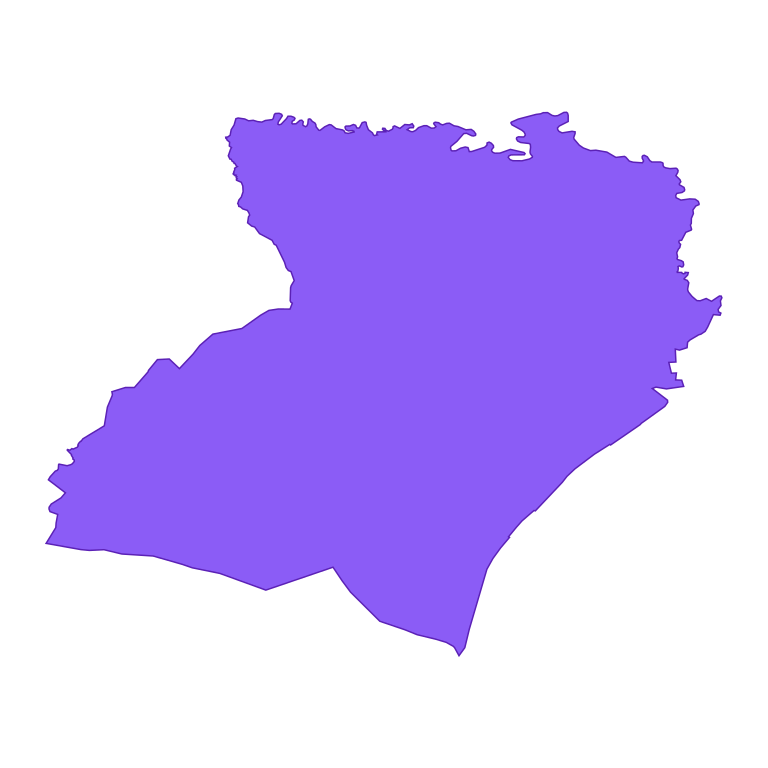 outline of Ozolmuižas pag., Rezeknes, Latvia
{"feature_id": "27541924B76614576139352", "entity_name": "Ozolmuižas pag.", "entity_type": "district", "adm_level": 2, "iso_a3": "LVA", "parent_name": "Latvia", "parent_adm1": "Rezeknes", "projection": "robinson", "projection_center": [27.259, 56.496], "detail": "fine", "context": "isolated", "style": "filled", "palette": "violet", "viewbox_px": 768, "rotation_deg": 0, "n_neighbors": 0, "source": "geoboundaries", "source_scale": "gbopen_adm2", "svg_char_len": 6091}
<svg xmlns="http://www.w3.org/2000/svg" viewBox="0 0 768 768"><path d="M664.8,406.4L667.7,402.3L667.5,400.2L652.3,388.5L656.0,387.1L666.4,388.9L683.7,386.4L681.7,380.2L675.6,379.9L676.4,373.0L671.4,373.2L668.8,362.4L675.9,362.0L675.3,349.1L679.5,350.1L687.1,347.7L687.6,342.2L690.1,339.9L698.7,334.8L700.9,334.2L705.2,331.3L707.7,327.0L713.4,314.6L720.1,315.2L720.9,313.1L718.6,311.9L718.1,309.4L721.0,305.5L720.4,300.9L721.9,297.8L721.2,296.1L719.4,296.0L711.5,301.3L706.2,298.5L700.1,300.8L696.9,300.6L692.1,296.5L688.5,292.1L687.7,290.1L687.7,288.6L688.8,282.8L687.3,280.4L684.2,279.2L684.1,278.7L687.7,275.0L688.3,272.6L685.1,272.3L685.0,273.3L683.6,273.8L682.2,273.3L681.7,272.4L677.3,272.4L677.1,271.9L677.9,270.9L678.3,268.5L678.0,266.5L679.4,265.9L681.9,267.0L682.9,266.7L683.7,264.9L683.2,261.9L681.4,260.7L677.5,259.5L677.0,258.6L677.6,256.9L676.7,252.8L678.4,249.1L679.8,247.6L680.6,244.3L679.3,243.1L678.8,241.8L679.4,240.5L681.6,240.3L685.8,232.3L691.2,230.1L691.6,229.3L690.4,225.0L691.3,223.4L691.4,218.3L693.4,213.6L692.9,210.0L695.8,206.0L699.0,204.6L699.1,203.8L698.3,201.4L695.2,199.2L689.7,198.9L680.9,200.1L676.1,197.7L675.7,195.5L676.8,193.4L682.0,192.5L684.4,190.9L684.7,189.7L684.0,187.4L679.5,184.8L679.2,184.0L680.8,181.8L680.0,179.7L675.9,175.7L677.8,172.3L678.1,170.6L677.3,169.0L676.1,168.2L669.9,168.6L665.5,167.8L663.7,166.8L663.1,165.5L663.0,163.2L662.2,162.6L660.4,162.0L651.9,162.0L649.8,160.6L647.3,156.8L644.4,155.3L643.1,155.5L642.2,156.4L642.2,158.2L643.6,161.0L642.4,162.8L633.1,162.2L629.3,161.1L625.8,157.2L624.4,156.4L615.9,157.4L606.9,152.1L595.9,150.2L590.4,150.6L583.4,148.0L579.3,145.2L574.1,139.1L573.7,137.6L575.1,133.5L575.1,131.8L572.0,131.3L562.1,132.9L559.0,131.4L557.7,129.6L557.5,127.9L559.3,126.0L568.2,121.5L568.2,115.4L567.6,113.2L566.6,112.3L563.9,112.4L557.8,115.6L554.9,116.0L552.1,115.4L547.6,112.6L543.2,112.7L540.7,113.8L536.1,114.4L518.2,119.1L511.4,122.1L510.9,122.9L511.9,124.8L521.8,130.2L524.0,132.0L525.1,134.1L525.2,135.4L523.8,137.0L518.4,136.8L516.7,137.6L516.4,138.9L517.6,141.0L520.6,142.5L529.1,143.5L530.3,144.3L530.6,147.2L530.0,152.1L530.4,153.8L532.4,156.4L532.3,157.3L529.5,159.0L521.9,160.8L512.8,160.7L510.0,159.6L508.2,157.3L508.9,155.9L511.1,154.9L524.3,154.8L525.1,153.7L524.0,152.5L510.4,149.4L500.0,153.1L494.8,153.2L492.6,152.2L491.6,150.8L491.7,149.6L493.6,147.3L493.4,145.5L491.3,143.2L489.1,142.1L487.1,142.9L486.9,145.2L484.6,147.3L471.7,151.5L469.3,151.6L468.0,147.6L465.2,147.0L460.6,148.2L455.9,150.8L452.0,150.9L451.1,150.2L450.5,147.8L450.8,146.4L456.9,141.4L463.7,133.6L466.6,133.3L471.6,135.7L473.4,136.0L475.5,135.4L475.8,134.0L473.9,131.3L471.2,129.4L465.9,129.8L458.0,126.5L454.0,125.8L449.4,123.2L446.6,123.4L442.7,124.9L440.5,124.1L438.7,122.7L435.2,122.2L434.1,122.7L433.7,123.7L436.0,126.7L434.3,128.0L431.4,128.2L426.8,125.7L423.9,125.7L418.5,127.6L415.6,130.4L412.9,131.7L411.0,131.6L407.1,129.7L409.6,127.8L413.3,127.7L413.8,126.1L412.2,123.7L409.4,124.9L404.8,124.5L399.9,128.4L394.6,125.9L393.1,126.6L393.0,127.9L392.4,129.2L388.5,131.2L386.3,130.5L384.9,128.4L382.8,128.2L382.4,129.1L382.8,129.6L383.7,130.4L385.8,130.6L385.9,131.8L377.2,131.9L376.6,134.3L377.3,134.9L374.4,135.6L373.4,134.8L372.5,132.9L368.4,129.7L366.6,125.2L366.1,122.4L364.9,121.9L362.2,122.6L359.5,127.7L358.7,128.1L356.8,127.9L355.6,125.3L353.4,124.5L349.9,126.0L345.9,126.1L345.0,127.0L345.5,129.0L346.2,129.9L348.4,130.9L352.4,130.6L354.0,131.3L354.1,132.0L348.2,133.4L345.1,132.8L344.0,130.8L342.5,129.9L336.0,128.6L331.2,124.9L329.3,124.6L324.7,126.8L320.0,130.4L318.8,130.2L316.1,126.8L315.8,124.5L314.9,123.0L312.3,121.4L310.5,119.2L309.2,118.9L308.3,119.3L307.8,123.9L306.9,125.9L305.6,126.7L303.1,125.4L302.8,124.0L303.3,121.9L301.8,120.2L299.9,120.4L296.0,123.8L292.5,123.9L291.9,123.4L292.2,121.3L294.3,120.0L295.0,118.3L293.8,117.2L290.9,116.2L288.0,116.2L286.5,118.6L281.2,124.2L279.1,124.8L277.9,124.2L278.3,122.0L282.3,115.8L281.6,114.3L279.1,113.3L275.3,113.5L274.3,114.6L273.2,118.6L272.2,119.6L265.3,120.5L261.8,122.1L257.6,121.6L253.2,120.3L248.6,120.8L244.8,119.0L238.1,118.0L235.9,118.7L234.1,125.0L231.2,129.7L230.1,135.3L227.7,137.0L225.7,137.2L225.9,138.4L226.7,138.8L227.0,140.0L229.6,142.2L229.3,146.0L231.5,147.6L230.6,149.1L228.3,155.8L229.9,159.1L231.2,159.3L232.1,161.2L233.8,162.2L234.1,163.4L235.0,163.5L236.5,166.1L237.3,166.5L234.6,168.3L234.8,169.5L233.6,172.3L234.0,173.0L233.1,173.9L234.1,174.9L235.9,175.2L235.3,175.8L236.8,176.6L236.2,177.6L237.2,178.7L236.4,179.2L236.5,180.2L241.3,182.3L242.8,186.0L243.1,191.7L241.3,197.1L238.9,200.0L237.7,203.7L238.4,204.4L238.8,206.4L240.5,206.9L242.7,208.9L247.4,210.4L248.9,212.9L249.7,215.1L248.5,216.8L247.6,222.8L251.7,226.1L254.7,227.0L259.5,233.6L272.1,240.3L274.2,244.3L276.2,245.2L284.5,262.2L286.1,267.5L288.3,270.5L291.0,271.6L294.2,280.6L291.2,285.6L290.6,287.7L290.2,300.7L290.8,302.1L292.3,303.2L290.0,309.1L278.3,309.0L268.9,310.4L260.6,315.2L241.9,328.5L212.9,334.1L199.8,345.5L193.0,354.2L179.4,368.6L169.3,359.0L157.4,359.6L148.5,370.4L148.1,371.8L134.4,387.5L125.4,387.5L111.9,391.7L112.4,394.5L112.1,395.9L107.4,407.1L104.3,425.8L83.0,438.7L81.0,441.3L80.5,441.3L78.6,443.4L77.8,445.2L78.3,445.8L77.3,447.2L73.1,449.1L71.9,448.6L69.9,450.2L67.6,449.5L67.2,450.0L67.4,450.4L71.5,454.6L71.4,455.4L73.0,457.9L72.8,459.0L74.2,460.0L74.3,461.4L72.3,463.8L70.7,464.7L67.1,465.7L59.0,464.1L58.6,464.6L58.3,469.0L57.2,470.4L55.3,471.1L50.2,476.7L48.4,479.8L65.4,492.8L61.0,497.9L51.3,504.0L49.1,507.2L49.0,509.0L50.0,511.6L57.7,514.4L56.1,523.0L55.8,527.6L46.1,543.4L80.9,549.6L89.4,550.4L104.0,549.7L121.8,554.0L153.1,556.0L182.1,564.3L192.3,567.8L219.8,573.4L265.8,590.1L333.0,567.2L342.2,580.9L350.6,592.2L379.9,621.3L405.0,629.8L417.1,634.7L435.4,639.1L446.1,642.3L453.3,646.3L454.6,647.7L459.0,655.7L464.8,647.7L469.3,629.2L486.9,569.2L492.9,558.5L500.6,547.9L509.5,537.4L508.5,536.8L516.5,527.1L522.0,520.9L528.3,515.4L534.0,510.5L535.3,510.9L562.4,482.2L567.0,476.3L575.0,468.8L594.5,454.1L609.8,444.4L610.6,445.0L640.2,424.6L641.3,423.3L664.8,406.4Z" fill="#8b5cf6" stroke="#5b21b6" stroke-width="1.5"/></svg>